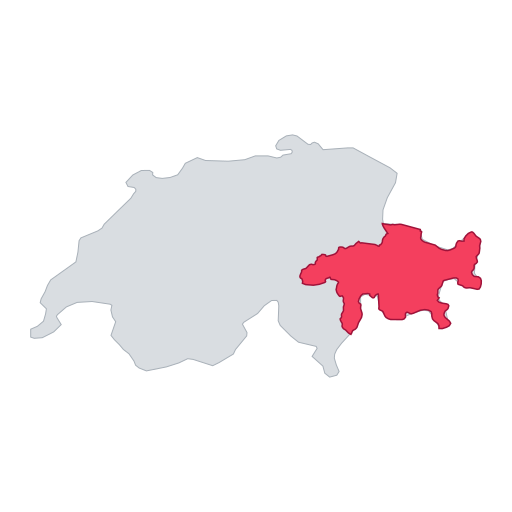 Graubünden on a map of Switzerland (Robinson projection)
{"feature_id": "CHE-170", "entity_name": "Graubünden", "entity_type": "Canton", "adm_level": 1, "iso_a3": "CHE", "parent_name": "Switzerland", "parent_adm1": "", "projection": "robinson", "projection_center": [9.485, 46.618], "detail": "fine", "context": "in_parent", "style": "filled", "palette": "rose", "viewbox_px": 512, "rotation_deg": 0, "n_neighbors": 0, "source": "natural_earth", "source_scale": "10m", "svg_char_len": 6887}
<svg xmlns="http://www.w3.org/2000/svg" viewBox="0 0 512 512"><path d="M387.0,166.2L390.0,167.8L397.1,173.3L395.5,182.7L387.3,197.7L383.0,209.9L382.6,219.3L383.4,223.7L384.8,223.6L392.6,224.3L396.6,224.3L409.0,226.8L419.1,230.5L421.0,234.4L422.3,239.2L434.2,245.7L447.9,249.9L452.5,248.6L469.3,233.3L475.9,235.9L479.9,244.0L479.7,248.3L475.1,264.5L474.4,273.2L478.4,278.9L478.9,283.4L477.7,287.5L471.0,287.8L461.9,285.6L454.2,278.6L448.4,279.5L443.3,281.3L440.8,287.9L438.5,295.8L439.2,300.2L442.9,303.6L445.7,310.8L447.7,320.1L449.3,324.4L447.6,326.3L442.8,327.6L438.8,326.3L431.9,315.2L428.6,310.9L423.1,310.2L413.4,312.9L398.6,319.1L392.6,319.1L387.5,317.8L382.7,312.5L378.7,302.3L377.4,295.9L374.5,296.1L365.0,294.3L360.6,296.8L360.6,307.3L359.7,320.3L354.9,328.7L341.6,343.2L336.7,349.6L334.7,354.1L334.3,358.1L336.3,364.9L339.1,371.5L336.8,375.2L329.7,377.1L324.8,373.2L322.9,366.1L312.1,356.4L317.1,348.4L316.2,346.4L298.5,342.2L290.9,336.1L280.2,325.4L278.2,320.8L278.8,305.8L278.2,302.2L276.8,300.4L271.6,300.5L264.3,305.7L257.6,313.5L243.9,322.2L242.4,324.1L247.0,332.6L246.7,335.9L235.5,349.5L233.4,354.0L219.2,362.5L212.7,365.7L193.1,359.4L187.7,358.7L178.9,362.9L166.4,366.9L146.4,370.9L139.1,368.0L135.6,365.2L134.0,361.1L129.0,353.8L123.4,349.5L119.5,344.8L114.4,339.7L111.0,335.4L115.7,321.7L112.5,316.9L110.9,310.0L111.9,305.3L110.1,304.2L92.1,301.5L77.1,302.4L66.4,306.9L57.5,314.6L56.4,316.2L56.9,317.6L61.2,324.6L53.7,331.9L42.3,337.7L34.2,338.3L30.7,337.1L30.7,329.2L37.4,326.3L43.5,321.2L45.6,313.9L46.4,308.8L40.2,302.7L41.1,298.9L45.1,291.7L47.5,285.4L50.7,279.9L63.3,270.9L75.9,261.9L77.9,252.3L79.1,240.7L80.9,237.9L97.8,230.9L102.0,228.1L104.2,224.2L117.6,211.1L130.9,198.2L133.6,193.8L135.8,191.3L135.8,189.2L134.2,187.5L128.0,186.5L125.9,182.4L132.8,175.0L141.3,170.5L149.5,170.4L152.8,172.5L152.6,174.9L156.1,177.6L162.3,178.4L170.0,177.5L177.7,174.8L182.5,168.2L185.3,163.3L197.3,157.6L205.5,160.5L228.3,161.2L244.8,159.7L255.3,155.9L268.1,155.9L276.8,158.0L278.3,157.7L280.7,157.2L283.0,155.1L291.2,153.7L292.3,152.0L291.9,150.3L290.5,149.4L280.5,150.3L276.7,148.9L275.7,145.8L278.9,140.4L286.3,135.9L292.6,134.9L297.0,136.0L308.0,144.3L310.6,144.5L312.1,143.0L314.4,142.2L318.2,143.8L322.4,148.9L323.1,149.7L347.6,147.9L353.1,147.9L369.7,156.9L387.0,166.2Z" fill="#d9dde1" stroke="#a8b0b8" stroke-width="1"/><path d="M357.0,327.2L356.1,328.4L355.0,329.4L353.8,329.9L352.7,330.6L352.1,331.8L351.6,333.2L350.9,334.4L348.5,333.0L347.7,332.2L345.6,330.0L343.9,329.0L343.3,328.5L342.5,327.4L342.2,326.7L342.0,326.1L342.3,324.5L342.2,323.9L342.2,323.4L341.1,321.6L340.3,319.9L340.2,319.2L340.2,318.7L341.1,317.9L341.5,317.1L341.6,316.5L341.5,315.7L341.4,314.9L341.6,314.0L343.1,311.5L343.5,310.7L343.4,306.9L343.8,305.9L344.1,304.7L344.3,304.2L344.3,303.6L343.8,302.8L343.4,301.9L343.2,300.9L343.4,299.5L343.5,298.5L343.5,297.8L342.3,295.9L340.8,296.1L340.4,296.3L340.1,296.4L339.4,296.1L338.3,294.7L337.3,293.2L337.0,292.6L336.7,291.9L336.1,289.5L336.2,289.2L336.3,288.7L336.5,288.0L336.7,286.5L336.9,285.7L337.2,284.8L337.5,284.1L338.3,282.9L338.5,282.4L338.4,282.0L338.1,281.7L336.8,280.7L335.7,280.2L335.0,279.9L334.5,279.7L331.1,279.4L330.6,278.7L330.3,278.1L330.2,277.4L329.9,277.2L329.4,277.3L328.5,277.9L327.6,278.1L326.8,278.4L326.1,278.7L325.4,279.6L325.2,280.2L325.3,280.8L325.5,281.2L325.6,281.6L325.4,282.0L324.4,282.6L319.3,284.3L313.4,285.2L305.7,284.6L302.4,283.3L302.7,281.6L302.5,280.6L302.0,279.1L301.7,278.7L301.3,278.4L300.9,278.3L300.5,278.0L300.2,277.6L300.0,277.1L299.9,276.4L300.0,275.7L300.7,273.8L301.4,272.4L301.6,271.7L301.6,271.2L301.6,270.9L301.6,270.5L301.9,270.0L302.6,269.5L304.2,268.9L305.2,268.7L306.2,268.2L308.6,265.6L309.5,264.7L311.3,264.2L312.8,264.6L313.2,264.7L314.7,264.4L315.0,264.2L315.4,263.8L315.3,262.6L315.4,262.2L316.2,261.0L317.2,260.0L317.3,259.0L317.2,257.5L317.5,257.2L318.3,257.0L319.0,256.8L319.6,256.2L320.8,255.7L321.9,254.4L323.9,254.5L325.0,254.8L325.5,254.9L325.6,255.2L325.9,256.1L326.3,256.3L327.2,256.3L332.7,254.8L335.0,253.9L336.4,252.8L337.1,251.9L337.6,251.1L337.9,250.4L338.2,249.9L338.5,249.6L338.6,249.1L338.6,248.2L338.7,247.7L338.9,247.4L339.6,247.1L340.6,247.0L342.2,247.1L343.2,247.4L343.9,247.8L344.4,248.4L345.2,248.6L346.2,248.4L349.6,246.4L351.0,246.1L352.9,246.1L353.7,245.8L354.3,245.5L356.0,243.5L358.7,241.4L360.3,243.0L360.7,243.0L361.2,243.0L361.6,242.8L375.0,244.5L377.0,245.4L378.2,246.1L378.9,246.2L379.2,246.1L379.5,245.0L380.7,244.7L382.1,242.7L382.3,242.0L382.4,241.4L382.4,240.8L382.7,239.3L383.2,238.3L383.9,237.3L384.4,236.7L385.3,236.1L385.6,235.6L386.0,234.4L386.5,234.0L387.0,233.7L387.8,233.5L387.2,232.6L384.2,228.1L383.1,226.1L382.3,224.0L382.3,223.5L384.6,224.1L387.9,224.5L390.7,224.9L392.7,224.4L394.6,224.8L399.8,224.2L401.5,224.4L420.3,229.5L420.2,230.9L420.6,231.2L421.2,231.2L421.6,231.6L421.6,232.3L421.2,233.5L420.9,236.4L420.6,237.8L420.8,238.9L422.0,240.5L424.5,242.1L435.2,245.1L439.1,248.2L441.3,249.3L445.6,250.5L447.0,250.5L447.7,250.6L450.3,249.9L454.6,248.0L455.7,246.8L455.9,245.8L456.0,244.8L456.5,243.2L458.0,241.0L459.6,240.7L461.5,241.2L464.0,241.1L464.1,238.7L465.8,235.9L468.3,233.4L471.2,232.0L471.7,231.9L472.3,232.0L472.8,232.3L473.9,233.3L476.0,236.1L479.4,238.4L480.3,239.3L480.8,241.4L479.6,245.7L479.8,248.3L479.3,252.3L479.0,253.5L478.4,254.2L476.2,256.5L476.4,258.3L477.1,260.2L477.4,261.9L476.2,263.4L474.5,264.4L474.1,265.5L474.2,266.9L474.0,268.7L473.0,270.2L472.0,271.1L471.5,272.2L472.3,274.6L474.2,276.4L478.4,276.8L480.5,278.3L481.3,280.7L481.2,283.9L480.4,287.0L479.8,287.9L479.1,289.0L477.2,289.3L470.1,287.7L466.6,288.0L465.3,287.8L464.2,287.3L463.5,286.8L463.0,286.1L462.2,285.6L458.1,284.3L457.7,283.0L458.2,280.4L458.0,279.0L456.4,277.9L453.8,277.9L444.4,280.3L443.4,280.7L443.0,281.6L441.7,285.7L440.9,286.6L438.8,288.5L437.9,289.6L437.8,290.5L437.8,293.2L437.3,294.6L437.5,295.7L437.7,296.6L438.2,297.3L439.1,297.8L437.3,300.4L438.9,302.1L441.8,303.1L446.3,303.8L448.0,304.4L448.8,305.8L448.0,308.5L447.3,309.4L445.2,311.0L444.5,312.2L444.0,313.9L443.9,315.0L444.3,316.1L445.2,317.5L449.4,321.1L450.7,323.3L449.3,325.7L446.6,327.2L442.3,328.6L439.0,328.5L438.9,325.7L437.9,323.6L433.9,320.6L432.5,318.9L431.8,316.1L431.8,313.7L431.1,311.6L428.6,310.2L426.5,309.8L424.6,309.6L420.2,310.3L413.5,313.2L411.5,313.8L410.2,313.6L407.7,312.3L406.7,312.3L405.6,313.3L405.4,314.8L405.5,316.2L405.5,317.2L404.0,319.0L402.1,319.6L390.6,319.5L388.3,318.8L386.1,317.5L384.9,316.0L382.9,311.5L382.0,310.9L379.8,309.9L379.0,309.2L378.8,308.5L379.0,306.6L378.4,294.7L378.1,293.9L377.3,294.1L375.7,295.1L375.0,295.9L374.6,296.8L374.2,297.5L373.1,297.9L372.3,297.6L369.8,295.5L369.7,294.0L367.7,293.5L362.8,294.0L360.9,295.6L359.2,298.6L358.4,301.6L359.3,303.3L360.7,304.1L360.9,305.3L360.6,306.9L360.6,308.7L362.0,313.1L362.1,314.7L361.5,317.5L358.5,322.7L357.0,327.2Z" fill="#f43f5e" stroke="#9f1239" stroke-width="1.5"/></svg>